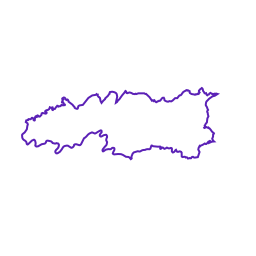 Olintla, Puebla, Mexico (Robinson projection), rotated 236°
{"feature_id": "50627088B53016454069278", "entity_name": "Olintla", "entity_type": "district", "adm_level": 2, "iso_a3": "MEX", "parent_name": "Mexico", "parent_adm1": "Puebla", "projection": "robinson", "projection_center": [-97.671, 20.114], "detail": "fine", "context": "isolated", "style": "outline", "palette": "violet", "viewbox_px": 256, "rotation_deg": 236, "n_neighbors": 0, "source": "geoboundaries", "source_scale": "gbopen_adm2", "svg_char_len": 5867}
<svg xmlns="http://www.w3.org/2000/svg" viewBox="0 0 256 256"><g transform="rotate(236 128 128)"><path d="M190.9,49.7L190.5,49.5L190.6,49.1L191.2,47.9L190.1,46.6L188.1,47.3L186.9,46.9L186.1,45.8L183.5,43.4L182.1,39.9L181.9,37.4L181.7,36.6L181.2,36.1L179.2,35.0L178.0,34.7L176.5,34.9L175.0,35.6L173.6,35.9L172.6,35.7L171.6,35.2L171.0,35.2L170.5,35.5L170.4,36.2L171.3,41.3L170.9,43.5L170.3,43.8L169.2,43.8L167.1,43.0L165.2,41.3L164.2,41.5L163.8,41.8L163.1,43.2L162.8,47.4L161.6,50.2L161.6,50.8L161.9,51.8L162.7,52.7L162.8,53.6L162.4,54.4L160.0,56.7L158.7,57.1L157.7,57.1L156.6,58.1L155.8,58.8L155.4,60.3L154.9,60.6L154.4,61.3L153.1,61.5L152.7,61.3L151.9,60.7L150.8,59.3L150.4,58.2L150.0,56.0L149.4,54.8L148.9,54.4L148.2,54.2L147.1,54.4L146.6,55.1L146.4,56.0L146.4,58.4L147.4,61.3L148.3,63.2L148.6,64.3L148.4,65.6L147.6,67.5L146.9,68.3L143.3,69.9L142.9,71.1L143.1,72.5L143.8,73.7L144.2,74.0L144.1,75.0L143.4,76.1L141.0,78.0L140.6,78.8L140.8,80.0L144.1,85.8L144.0,86.6L144.2,88.6L144.9,91.2L145.0,93.0L144.5,95.7L141.9,97.5L141.7,98.4L141.6,101.6L141.4,103.7L141.2,104.2L140.7,104.5L140.2,104.4L139.2,103.7L138.7,102.0L138.2,100.9L137.3,100.3L136.7,100.4L136.3,100.5L135.8,101.3L135.6,103.9L134.8,105.8L134.4,106.2L133.0,106.1L132.0,105.4L131.5,104.5L130.5,103.4L129.8,103.0L128.0,102.8L126.3,101.1L125.8,100.2L125.5,98.5L124.4,95.1L123.8,94.4L122.8,94.1L122.6,94.2L122.4,94.7L122.5,97.4L121.5,99.9L120.3,101.4L120.1,102.2L120.3,103.8L120.0,104.5L119.3,105.2L118.8,105.3L118.1,105.0L117.2,104.1L116.5,102.6L115.5,101.3L115.3,101.1L114.8,101.2L113.9,101.7L112.0,105.2L110.2,107.6L108.6,108.7L105.3,110.2L103.7,112.2L102.7,112.7L100.6,112.9L100.6,113.6L100.9,114.2L101.9,114.4L102.5,115.1L104.2,117.6L104.5,119.2L103.3,123.1L102.1,124.3L101.8,125.0L101.6,127.3L101.2,128.4L100.3,129.9L100.1,131.2L99.4,132.6L98.4,133.9L98.3,134.9L100.1,137.2L100.3,137.7L100.0,138.1L99.0,138.5L98.3,139.3L95.8,142.3L94.6,144.3L94.1,144.5L93.2,143.3L92.6,143.2L92.4,143.5L92.6,144.8L92.4,145.9L90.4,146.5L90.0,147.9L90.1,149.0L90.0,149.3L88.6,150.1L87.8,151.2L87.5,152.4L86.9,152.9L86.2,152.8L84.1,151.3L83.4,151.3L82.6,151.5L82.4,152.3L82.4,153.2L83.1,155.0L83.1,155.6L81.5,155.4L80.8,155.5L80.2,156.2L79.7,157.9L78.5,158.7L77.6,158.7L74.3,156.6L73.9,156.7L73.3,157.1L72.7,158.6L72.3,159.0L72.1,159.2L71.3,159.3L70.9,160.3L70.3,160.6L69.2,160.6L68.7,161.7L68.7,162.2L68.0,162.8L67.7,163.4L68.1,164.4L68.1,165.2L67.7,165.8L66.8,166.1L66.1,166.8L64.8,169.6L68.1,173.9L70.8,174.2L72.0,175.4L73.1,177.4L72.5,177.6L72.7,178.5L72.3,180.4L72.2,183.0L71.2,183.5L71.0,183.9L71.2,185.6L71.7,186.9L71.5,188.7L71.3,188.8L70.9,188.5L70.2,187.5L69.7,190.0L68.7,191.8L69.9,191.5L72.0,191.8L73.3,193.7L75.1,195.0L75.2,195.4L75.2,195.9L75.5,196.3L78.1,195.6L80.0,195.6L82.0,195.4L82.4,195.2L82.6,194.9L83.3,195.0L83.6,194.9L83.6,194.3L83.8,194.1L85.1,193.4L85.3,193.0L85.3,192.4L85.1,191.6L85.4,191.3L85.7,191.3L85.8,192.0L86.5,192.9L87.2,193.0L87.4,193.8L88.1,194.9L88.5,196.5L91.6,199.2L92.7,201.2L94.8,201.9L95.8,202.5L97.2,202.7L97.7,203.2L98.2,204.5L99.4,204.6L101.0,205.1L103.3,205.2L104.1,205.7L105.6,207.1L106.1,207.9L106.9,211.7L107.0,215.7L106.2,218.0L106.1,221.3L107.3,220.3L107.3,219.6L108.0,219.1L108.5,217.5L109.0,217.2L109.0,216.8L111.0,216.0L111.0,214.7L110.6,213.8L110.9,212.8L110.8,212.0L111.5,211.8L113.2,212.2L113.4,211.4L114.0,210.9L114.8,211.1L116.7,211.0L118.5,211.7L119.5,211.7L119.9,211.5L119.7,210.4L119.8,209.8L119.3,207.7L118.8,207.3L117.4,207.2L117.4,206.4L116.8,205.9L116.8,205.5L117.0,204.9L117.5,204.8L117.6,203.5L118.2,202.8L118.1,202.1L118.6,201.8L120.6,199.7L122.3,198.9L123.1,199.0L124.0,199.7L125.7,198.8L125.8,198.2L126.5,198.0L126.8,197.5L126.6,196.9L126.9,195.5L126.9,193.6L126.7,193.0L126.5,192.8L126.3,191.9L125.9,191.2L125.7,190.0L126.2,189.0L126.0,187.9L125.2,185.6L126.4,183.8L125.8,180.2L125.9,178.7L127.1,177.4L127.4,175.9L128.5,174.8L130.1,173.9L130.8,173.8L131.8,174.4L133.1,174.6L133.6,173.8L133.7,173.4L133.5,172.4L132.9,170.8L132.7,169.7L133.2,169.0L133.1,168.4L133.5,167.7L133.6,167.0L133.4,166.2L133.6,165.8L135.0,165.3L136.1,165.4L136.0,164.3L137.1,164.2L137.2,163.1L141.4,163.1L146.0,162.1L146.0,161.9L146.5,161.4L147.6,160.9L150.9,156.1L151.5,153.9L152.2,153.4L152.2,152.7L153.6,151.1L155.0,150.5L156.6,149.2L157.3,146.8L157.7,146.5L158.3,146.4L159.0,146.8L159.7,146.8L160.1,146.6L159.3,144.7L158.3,141.2L156.6,136.7L156.5,135.3L155.7,133.5L155.7,132.1L157.4,133.8L159.9,136.5L162.4,137.6L163.5,137.6L164.5,137.2L165.7,136.4L166.9,135.2L167.9,133.1L167.1,132.0L166.7,131.9L166.7,131.3L165.9,129.4L165.3,125.6L164.8,125.2L164.4,122.6L163.6,120.1L165.6,120.3L168.5,121.5L169.6,121.4L169.9,121.0L171.5,120.9L172.2,121.0L172.6,121.5L172.9,121.1L173.7,120.9L173.5,119.8L175.0,116.6L175.1,112.0L172.4,103.5L173.8,100.5L173.9,99.3L173.7,98.8L172.5,97.6L172.2,96.9L172.4,96.4L173.9,95.3L174.8,95.1L175.4,95.4L177.5,95.0L178.1,95.1L183.2,93.4L183.8,93.8L185.1,93.9L185.5,93.7L185.6,92.6L186.7,92.3L187.4,92.6L188.6,92.4L189.2,91.8L189.3,90.3L189.1,89.9L188.8,89.9L188.2,90.2L187.8,90.2L187.8,89.2L186.8,88.9L186.5,87.8L186.2,87.6L185.9,87.7L185.7,88.2L185.0,88.6L184.1,88.2L183.7,88.2L183.1,88.7L182.8,88.7L182.5,88.7L182.3,88.4L183.2,86.7L184.3,85.8L184.2,85.1L183.9,84.5L184.0,83.9L184.5,83.1L184.7,82.2L185.6,82.2L186.0,81.8L185.3,79.3L184.7,78.2L185.2,77.0L184.9,75.7L185.1,75.5L185.8,75.5L186.4,76.1L186.8,76.9L187.3,77.0L187.6,76.2L187.7,75.5L188.9,74.8L187.8,73.3L187.8,71.5L188.4,70.2L188.2,68.7L187.6,68.6L186.4,69.2L186.0,69.0L185.8,68.3L185.9,67.8L188.3,65.5L188.4,64.6L187.3,63.6L186.8,61.3L187.2,60.6L188.5,60.4L189.0,60.1L189.1,59.2L188.1,58.5L188.3,58.1L189.0,58.2L189.3,58.0L189.3,57.8L188.6,56.5L187.6,56.0L187.4,55.2L186.6,55.1L186.5,54.9L186.6,54.5L187.0,54.3L187.4,54.2L188.9,54.8L189.6,54.6L190.1,54.2L190.2,53.8L189.8,53.1L189.8,52.1L190.1,51.5L190.5,51.2L190.9,50.7L190.9,49.7Z" fill="none" stroke="#5b21b6" stroke-width="2"/></g></svg>